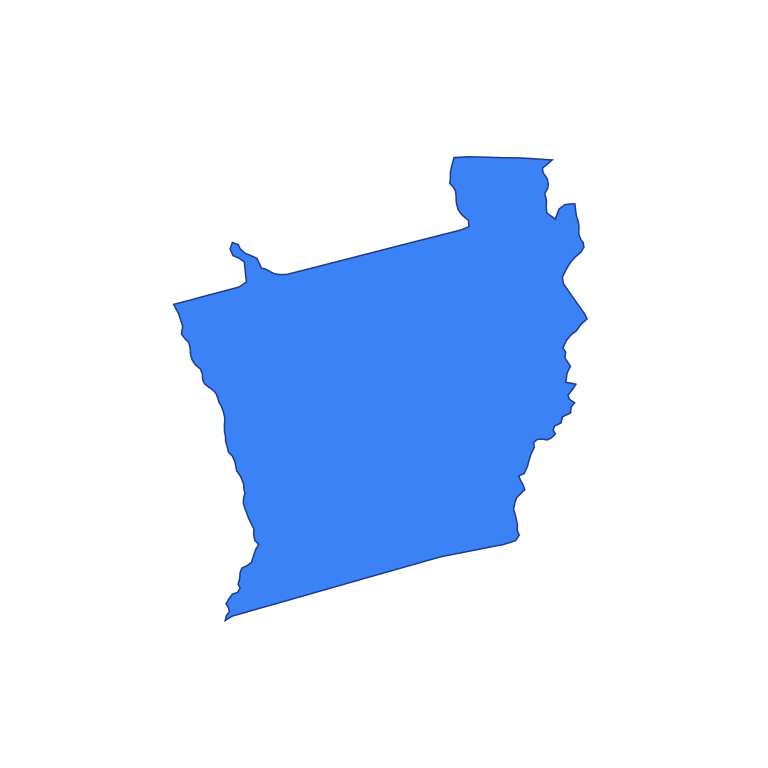 Sooretama, Espírito Santo, Brazil (Natural Earth projection), rotated 233°
{"feature_id": "56859067B28785690649681", "entity_name": "Sooretama", "entity_type": "district", "adm_level": 2, "iso_a3": "BRA", "parent_name": "Brazil", "parent_adm1": "Espírito Santo", "projection": "natural_earth1", "projection_center": [-40.136, -19.069], "detail": "fine", "context": "isolated", "style": "filled", "palette": "blue", "viewbox_px": 768, "rotation_deg": 233, "n_neighbors": 0, "source": "geoboundaries", "source_scale": "gbopen_adm2", "svg_char_len": 2643}
<svg xmlns="http://www.w3.org/2000/svg" viewBox="0 0 768 768"><g transform="rotate(233 384 384)"><path d="M290.7,114.8L289.9,123.2L281.4,145.3L278.1,153.8L274.4,163.3L242.1,247.2L212.1,324.8L192.6,365.1L189.7,371.0L183.9,382.8L179.7,394.9L181.9,401.0L186.8,402.3L191.7,406.1L199.5,409.7L206.0,412.1L210.1,416.7L213.4,421.5L214.1,426.7L214.9,432.8L219.9,434.4L225.3,435.1L229.5,436.4L228.1,442.1L232.1,449.3L235.8,453.9L239.5,459.2L243.2,466.2L247.1,468.0L247.5,472.9L244.7,477.3L241.0,480.8L240.3,486.2L241.0,490.8L245.2,491.3L247.8,494.7L246.4,502.1L250.4,506.7L248.6,515.5L253.1,519.8L254.2,525.0L260.1,522.9L264.4,524.2L266.1,531.2L268.3,537.1L271.8,534.2L276.0,530.1L282.7,537.0L285.9,543.5L291.2,543.9L295.9,544.2L300.1,548.2L305.2,548.7L309.0,555.9L310.7,563.1L310.7,569.7L313.1,577.2L313.8,585.4L319.4,586.4L325.0,586.6L335.9,586.9L343.3,587.2L351.5,587.5L356.3,587.7L361.9,590.7L365.2,597.2L367.8,603.1L369.5,608.2L370.4,614.4L370.8,620.3L372.8,625.9L377.1,628.2L381.5,628.2L386.5,629.8L391.9,634.1L396.7,636.9L402.4,638.8L408.0,641.9L413.0,644.9L416.2,640.3L418.4,636.2L418.4,629.3L415.6,624.6L412.5,620.0L422.5,617.0L428.0,620.3L433.0,624.4L439.4,626.9L441.6,632.3L444.5,635.4L450.1,638.0L457.1,638.2L461.0,640.5L461.2,645.7L461.7,653.2L480.5,631.3L487.9,622.1L490.9,618.0L507.4,597.4L514.8,588.0L522.7,576.2L517.0,568.9L513.0,564.3L508.1,560.7L504.6,557.2L499.6,557.9L494.7,557.1L491.1,554.9L485.5,551.0L479.0,548.2L472.9,547.9L468.8,548.7L463.8,549.9L458.5,546.6L460.7,538.3L474.0,506.5L477.7,497.7L515.1,407.9L530.0,372.3L533.9,366.9L537.6,363.0L542.2,360.7L547.1,358.6L550.3,355.8L555.7,357.1L560.9,358.1L566.1,355.3L572.2,351.7L578.3,350.5L582.9,351.5L588.3,348.1L584.4,342.3L577.4,340.7L571.9,343.8L565.7,345.9L559.6,342.3L553.5,338.6L548.1,335.5L548.9,326.1L562.8,292.0L568.3,278.1L574.2,263.9L570.2,263.2L564.2,262.4L556.8,259.9L551.3,258.0L545.7,252.3L539.6,252.3L534.8,253.1L529.6,251.0L524.0,247.2L518.4,245.2L512.5,244.9L506.5,246.4L501.0,244.9L496.8,241.8L492.1,240.8L487.1,242.0L482.0,243.8L477.5,244.1L472.8,242.8L469.0,241.3L464.5,240.8L459.0,239.2L452.1,236.1L446.9,231.5L441.6,227.7L437.6,225.9L433.7,223.1L427.9,220.8L423.0,218.7L417.8,219.5L412.5,218.4L408.5,216.7L403.4,214.1L396.4,213.8L388.9,211.8L384.3,208.9L380.4,207.1L377.3,203.1L373.8,200.2L369.5,198.4L364.3,196.9L358.4,195.1L352.0,193.8L346.8,193.0L343.0,189.9L336.9,186.6L331.3,187.4L329.1,182.0L325.8,177.1L321.3,170.7L321.5,164.5L322.5,159.6L320.0,155.6L315.7,151.9L312.0,147.1L307.6,146.3L305.7,141.7L307.4,136.3L305.7,130.6L303.5,125.6L299.4,125.3L295.3,123.7L293.9,118.9L290.7,114.8Z" fill="#3b82f6" stroke="#1e3a8a" stroke-width="1.5"/></g></svg>